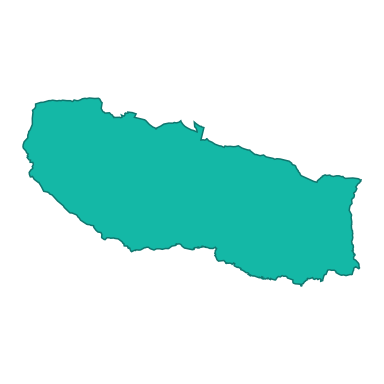 the district of Vizantea-Livezi, Vrancea, Romania
{"feature_id": "2599482B64816881324136", "entity_name": "Vizantea-Livezi", "entity_type": "district", "adm_level": 2, "iso_a3": "ROU", "parent_name": "Romania", "parent_adm1": "Vrancea", "projection": "robinson", "projection_center": [26.804, 45.968], "detail": "fine", "context": "isolated", "style": "filled", "palette": "teal", "viewbox_px": 384, "rotation_deg": 0, "n_neighbors": 0, "source": "geoboundaries", "source_scale": "gbopen_adm2", "svg_char_len": 6032}
<svg xmlns="http://www.w3.org/2000/svg" viewBox="0 0 384 384"><path d="M154.0,250.0L156.5,248.8L160.0,248.8L162.3,249.3L165.4,248.5L168.5,248.6L171.9,246.1L175.7,245.4L176.6,244.5L176.0,244.4L176.3,243.8L177.9,244.1L179.0,243.7L180.9,244.5L182.1,246.2L184.4,248.0L192.3,249.7L194.0,249.4L194.3,248.8L193.8,248.4L194.8,247.6L196.6,247.6L198.0,247.1L198.3,247.1L198.1,248.0L199.3,247.9L199.8,247.5L202.2,247.0L201.9,246.3L202.1,246.2L203.0,246.2L203.7,246.8L205.4,246.7L205.6,246.9L205.5,247.3L207.7,247.5L209.7,248.4L213.0,248.5L215.3,247.3L215.6,247.9L216.5,248.4L216.1,249.0L216.3,249.5L215.3,250.7L215.3,252.0L214.8,253.3L215.5,254.0L215.6,254.8L214.9,255.4L215.9,256.9L217.0,259.7L218.5,261.1L223.9,260.5L225.6,262.4L225.9,263.3L226.5,263.4L226.7,262.9L227.9,263.3L229.7,263.1L231.6,263.6L232.1,264.3L233.6,263.0L234.6,263.5L234.8,263.8L234.0,265.0L234.4,265.9L237.3,267.4L238.1,267.1L239.4,267.9L240.4,268.1L240.9,268.4L240.8,269.6L243.1,270.5L246.2,272.7L247.5,272.7L248.1,273.0L248.7,273.6L248.1,274.3L249.1,274.9L250.3,274.8L250.6,275.1L250.1,275.7L250.4,275.9L251.5,275.5L253.2,276.1L253.8,275.8L259.1,277.7L259.4,277.3L260.0,277.7L261.2,277.6L261.5,277.2L261.6,277.5L261.3,278.0L261.9,278.2L262.1,277.4L262.4,277.2L262.3,278.7L263.2,279.0L263.6,279.0L263.9,278.4L264.1,278.8L265.6,279.0L267.3,278.2L267.6,278.7L268.3,278.2L268.7,278.7L270.5,279.6L270.7,279.4L270.2,279.1L270.8,278.4L271.5,279.0L275.1,280.0L275.6,279.9L276.9,277.9L278.4,276.5L280.4,276.9L282.1,275.6L283.8,276.3L285.7,276.1L287.3,277.2L287.5,278.0L292.9,279.9L292.9,282.1L293.2,282.9L293.8,283.3L295.3,283.8L300.2,284.2L301.1,286.0L301.7,285.9L301.9,285.2L301.6,284.5L302.6,283.7L303.3,283.6L304.4,281.8L305.5,281.1L305.7,280.6L307.5,279.7L307.3,278.6L307.5,278.4L309.6,278.7L312.6,277.6L313.4,279.0L314.4,279.3L314.8,279.4L315.6,278.6L317.0,278.6L317.7,279.5L318.3,279.4L318.9,278.8L320.1,278.8L321.1,279.7L320.7,280.6L320.7,281.3L322.7,280.6L322.9,279.2L324.0,275.5L324.7,274.6L326.0,274.4L327.7,270.2L328.7,269.9L330.0,269.8L331.2,270.3L334.3,270.2L335.8,271.3L336.1,272.6L339.3,274.4L341.3,275.2L343.7,274.9L346.0,275.6L350.0,274.5L351.7,274.6L352.2,274.3L352.9,271.5L353.6,270.2L353.7,268.4L354.5,267.5L355.3,267.3L355.7,266.8L358.8,268.7L359.5,267.9L359.0,266.5L358.9,264.2L358.4,263.2L355.6,260.1L353.7,259.2L353.6,257.1L353.9,256.3L354.9,255.3L354.9,254.4L353.8,254.1L354.0,253.5L353.4,252.8L353.0,251.5L352.2,250.9L353.3,250.1L352.8,248.9L353.4,247.7L353.2,247.0L353.4,246.5L353.1,245.0L352.2,244.4L351.6,241.0L352.3,239.9L352.8,237.5L352.4,235.1L352.8,233.6L352.5,232.4L352.5,230.8L352.1,230.4L351.5,228.1L351.4,225.1L351.8,224.3L351.6,223.2L351.8,222.1L351.1,217.5L351.6,215.0L349.2,210.3L349.7,207.0L350.2,205.5L352.0,203.5L351.6,200.0L352.4,198.4L353.6,197.8L354.1,196.8L354.4,194.9L353.7,193.7L353.7,193.0L355.4,191.6L356.1,190.4L356.2,189.8L356.9,188.8L355.8,186.9L358.2,183.6L359.5,182.8L359.7,182.2L360.7,181.4L361.0,180.0L360.2,180.2L359.8,179.5L358.1,178.7L352.9,178.0L345.3,178.4L343.6,177.4L342.9,176.5L341.6,176.7L339.1,175.8L336.4,175.8L333.4,176.5L331.2,176.0L329.8,175.1L326.7,175.5L325.1,174.9L322.4,176.1L322.4,176.7L321.1,177.4L320.0,178.7L319.0,179.3L318.5,180.0L317.6,180.5L316.9,182.3L313.7,181.4L301.2,175.7L300.3,174.6L299.8,173.2L298.2,171.4L298.2,170.7L297.1,169.4L296.0,167.4L295.7,166.2L294.7,165.3L292.6,164.7L292.1,164.2L291.6,163.1L289.2,161.2L280.2,159.0L276.9,158.7L274.8,159.3L273.1,158.4L266.1,156.9L263.6,155.0L260.1,155.7L256.2,154.5L254.9,154.5L250.0,150.6L249.8,150.1L247.9,150.0L244.3,148.9L241.9,148.0L238.3,145.8L235.4,146.6L233.3,146.7L230.2,146.3L227.1,146.5L225.0,146.0L224.1,147.4L221.0,146.0L219.6,145.9L215.0,144.2L212.2,142.3L208.8,140.8L206.9,138.7L206.5,138.8L206.2,139.6L204.6,140.1L203.1,139.8L200.9,140.0L203.9,127.6L201.6,126.9L201.2,126.7L201.2,126.4L199.8,126.2L196.0,123.6L194.3,122.1L194.7,126.8L196.1,128.2L197.2,131.3L197.1,132.0L193.1,130.3L191.4,130.0L187.3,127.9L184.8,126.3L183.0,124.5L181.1,121.8L180.8,120.8L179.2,122.1L177.9,122.5L176.2,122.9L174.2,122.5L173.2,123.1L172.3,123.2L168.8,123.1L163.8,124.1L160.9,126.0L156.5,128.1L156.5,128.7L155.9,128.9L155.0,127.9L152.9,127.1L149.4,124.5L145.8,120.6L144.6,119.8L134.4,117.3L136.1,113.9L132.3,112.6L127.9,112.1L128.1,112.9L127.8,113.1L126.2,113.3L125.7,113.0L124.9,113.5L125.0,114.6L124.3,115.9L123.4,116.0L121.5,115.1L122.0,116.5L121.9,117.4L120.5,117.7L119.8,117.3L113.9,117.5L114.0,117.0L113.1,116.5L112.4,115.1L111.1,114.5L109.5,112.8L105.0,113.1L104.2,112.2L103.3,111.9L102.7,111.3L101.2,108.5L102.1,102.7L101.2,101.9L99.8,99.2L98.6,98.3L94.8,98.5L89.3,98.0L86.7,98.6L85.0,98.3L82.2,98.8L81.4,99.4L78.5,100.6L76.9,100.7L74.1,100.0L72.8,101.4L72.1,101.5L70.5,100.7L66.8,100.7L62.6,100.2L61.0,100.7L59.1,100.5L57.0,100.9L52.7,100.2L50.1,100.7L49.1,100.6L43.2,102.3L40.7,102.4L35.6,104.0L35.6,107.0L34.6,108.6L32.5,110.3L33.0,112.2L32.3,118.3L32.4,124.4L30.1,129.9L28.7,131.7L28.6,133.0L27.8,135.1L27.8,137.8L24.2,141.7L23.2,144.7L23.0,146.8L23.4,148.2L25.9,150.9L26.6,152.7L28.2,154.1L27.4,155.6L28.1,156.5L27.3,157.0L27.1,157.4L29.1,159.9L30.5,160.2L30.0,161.9L30.1,162.3L32.8,162.4L33.3,164.1L33.2,165.1L32.2,166.6L32.8,167.9L32.6,168.6L31.0,169.8L29.2,172.4L29.4,174.4L30.3,176.8L31.0,177.0L32.3,176.4L33.2,177.5L34.2,179.3L38.4,182.5L38.8,182.4L41.7,187.2L43.7,191.3L47.6,192.1L49.1,193.0L49.6,193.9L52.2,195.0L57.6,201.0L63.3,205.7L64.3,207.5L69.4,212.4L70.1,212.9L72.1,213.0L76.4,214.8L77.2,215.5L77.8,216.8L79.2,218.0L80.6,220.2L86.7,224.2L88.1,224.6L89.4,224.6L90.9,225.3L93.5,225.7L93.9,227.5L96.0,230.3L97.9,232.0L100.9,232.5L101.9,234.5L101.6,237.3L101.9,237.9L104.2,239.5L105.2,239.6L106.5,238.1L107.5,237.7L109.4,237.8L110.5,238.2L113.9,238.0L114.7,238.4L118.3,238.9L122.1,241.8L122.8,243.1L123.8,243.6L124.2,245.9L127.2,246.1L127.8,246.5L127.9,247.7L128.4,248.3L129.3,248.0L129.7,248.1L130.1,249.5L130.9,251.1L131.6,251.7L134.4,250.3L135.6,250.5L136.0,249.8L139.0,250.1L140.6,249.9L144.6,247.7L145.5,247.7L146.8,247.2L148.5,247.3L150.3,248.7L154.0,250.0Z" fill="#14b8a6" stroke="#0f766e" stroke-width="1.5"/></svg>